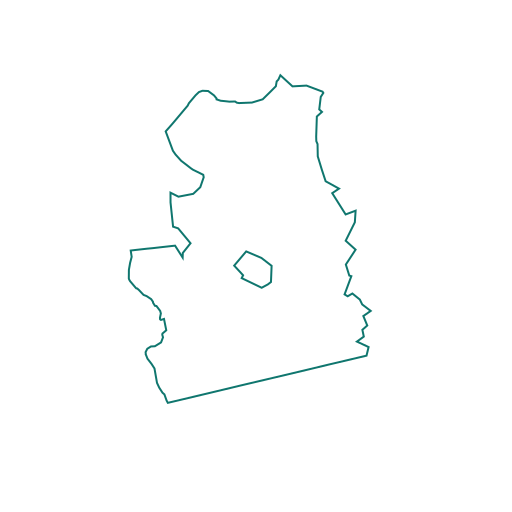 Fairfax, Virginia, United States of America, rotated 219°
{"feature_id": "52423323B7849589815213", "entity_name": "Fairfax", "entity_type": "district", "adm_level": 2, "iso_a3": "USA", "parent_name": "United States of America", "parent_adm1": "Virginia", "projection": "albers", "projection_center": [-77.233, 38.838], "detail": "fine", "context": "isolated", "style": "outline", "palette": "teal", "viewbox_px": 512, "rotation_deg": 219, "n_neighbors": 0, "source": "geoboundaries", "source_scale": "gbopen_adm2", "svg_char_len": 1985}
<svg xmlns="http://www.w3.org/2000/svg" viewBox="0 0 512 512"><g transform="rotate(219 256 256)"><path d="M325.4,213.1L327.9,210.6L336.0,202.4L341.2,197.1L345.1,193.3L353.8,184.5L356.8,181.4L352.1,177.1L349.5,171.4L346.1,165.3L340.7,158.5L339.8,157.9L338.0,157.2L329.5,155.6L328.6,155.5L327.9,156.0L325.6,155.9L318.9,155.0L315.8,156.0L310.3,156.5L307.3,155.6L306.6,154.9L303.2,153.7L301.9,154.5L295.9,153.0L293.8,151.5L291.8,147.6L290.8,146.5L289.9,146.4L289.5,146.7L287.9,149.2L279.0,141.8L279.9,136.9L279.3,135.8L277.1,134.3L275.4,129.1L277.8,122.2L280.7,119.6L282.1,115.5L281.3,111.8L279.8,110.3L279.8,110.2L275.7,107.9L269.3,106.4L264.1,104.7L253.1,95.1L248.4,92.8L242.6,90.9L240.1,90.8L234.5,87.4L232.1,86.4L206.4,119.7L202.1,125.3L188.5,143.0L187.6,144.2L169.8,167.2L145.1,199.2L131.0,217.6L107.4,248.1L111.2,256.1L123.7,253.0L121.5,261.2L126.9,265.6L125.8,272.0L134.8,276.9L132.3,285.5L143.0,285.2L147.9,287.5L157.5,287.5L159.4,282.4L163.0,281.9L169.2,300.3L171.2,299.5L180.8,305.9L182.6,323.6L195.9,324.3L200.4,344.4L207.1,353.9L212.5,344.7L236.3,352.8L233.9,360.6L248.9,357.9L259.3,364.6L270.7,372.3L278.6,381.7L281.4,383.2L284.4,386.7L296.5,402.7L295.4,409.5L299.1,409.7L305.8,420.4L306.3,425.1L307.7,425.6L324.0,420.2L334.4,410.8L350.8,411.8L349.6,407.1L349.8,404.7L347.4,400.4L348.2,392.6L349.4,382.0L355.7,372.7L365.4,364.2L367.3,363.1L369.5,362.9L373.8,359.2L377.1,357.1L381.2,354.4L384.7,353.1L385.2,352.9L385.8,353.6L389.7,354.4L397.0,354.1L401.6,350.7L403.5,347.5L404.1,342.9L404.3,332.5L403.7,329.8L403.8,325.8L404.1,309.0L404.2,305.3L404.6,296.0L386.8,285.5L382.3,284.2L382.2,284.2L374.1,282.9L361.5,283.2L359.2,283.4L348.1,285.9L346.2,284.3L342.6,274.4L343.9,264.8L353.6,253.3L362.3,251.4L356.1,243.8L346.2,233.9L338.9,226.6L333.9,228.5L314.9,224.7L314.8,212.3L312.0,208.6L325.4,213.1ZM228.9,241.4L231.6,234.9L253.2,229.8L253.9,232.9L266.9,234.8L266.5,253.4L250.6,257.9L237.7,258.2L228.0,245.2L228.9,241.4Z" fill="none" stroke="#0f766e" stroke-width="2"/></g></svg>